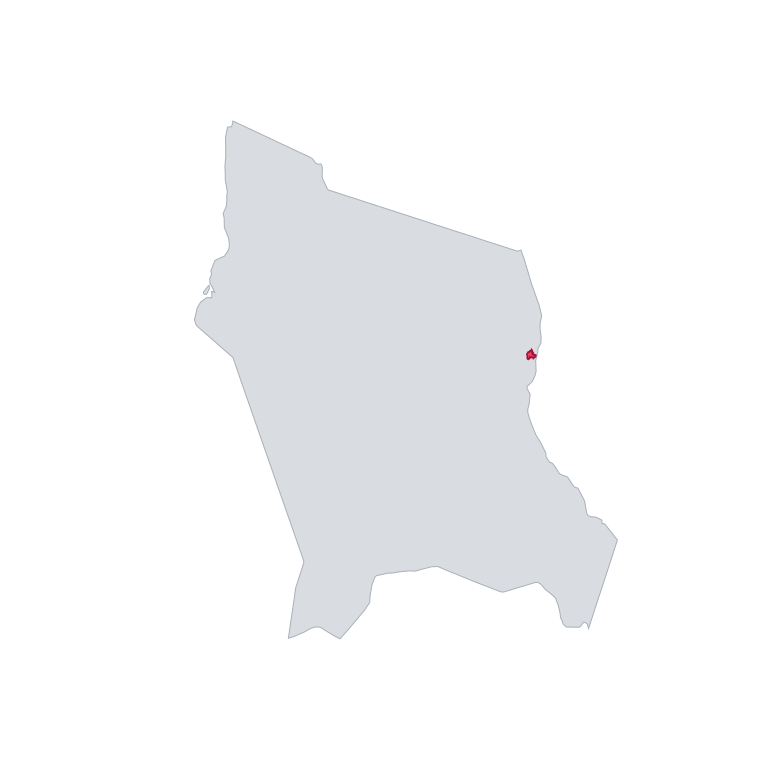 Sirisia, Western, Kenya (highlighted), rotated 161°
{"feature_id": "3690345B98600192059761", "entity_name": "Sirisia", "entity_type": "district", "adm_level": 2, "iso_a3": "KEN", "parent_name": "Kenya", "parent_adm1": "Western", "projection": "equal_earth", "projection_center": [34.469, 0.737], "detail": "fine", "context": "in_parent", "style": "filled", "palette": "rose", "viewbox_px": 768, "rotation_deg": 161, "n_neighbors": 0, "source": "geoboundaries", "source_scale": "gbopen_adm2", "svg_char_len": 5251}
<svg xmlns="http://www.w3.org/2000/svg" viewBox="0 0 768 768"><g transform="rotate(161 384 384)"><path d="M210.9,466.0L210.8,456.0L211.9,430.6L211.7,408.3L212.7,397.2L216.8,390.1L218.6,385.0L220.0,377.8L222.1,371.9L227.0,367.2L227.9,364.6L233.0,356.6L236.1,346.4L238.4,342.9L241.3,339.7L243.3,338.0L246.7,336.3L249.4,335.3L249.8,334.5L250.1,332.9L249.2,326.5L250.3,324.5L252.1,320.2L254.2,316.3L256.0,313.8L257.1,311.2L257.6,306.7L257.6,303.6L257.6,298.4L257.0,286.7L254.8,276.9L253.5,265.9L254.5,262.3L252.8,255.9L251.9,255.5L250.5,254.1L248.7,248.0L247.4,242.5L246.6,241.1L240.7,236.3L237.8,224.8L234.6,222.3L232.8,211.0L232.5,207.7L234.3,196.4L234.2,193.8L232.2,191.4L226.8,189.0L222.3,184.3L222.9,182.7L223.2,181.0L220.9,179.9L214.1,160.5L222.8,148.9L231.7,137.1L242.9,122.3L253.3,108.6L262.2,96.8L270.2,86.2L270.0,88.3L270.0,90.9L271.0,92.6L272.6,93.7L274.9,92.5L276.9,90.9L278.8,90.5L290.8,94.9L292.8,98.7L292.7,102.8L293.2,105.8L292.3,108.8L291.3,117.9L291.6,126.2L295.2,132.4L298.4,137.2L301.0,144.0L302.9,146.1L305.5,147.1L313.7,147.4L325.9,147.9L337.6,148.3L338.7,148.4L341.2,149.4L352.0,158.5L361.9,166.9L370.3,174.2L378.4,181.3L386.3,188.2L392.5,193.9L398.5,195.7L408.3,196.5L415.1,196.8L421.4,199.2L430.7,201.4L437.7,202.6L441.9,203.9L453.6,205.2L455.5,204.4L460.7,198.1L466.4,187.8L468.6,182.1L476.1,176.4L489.2,168.6L498.4,163.0L508.6,157.4L513.3,162.3L519.7,170.0L522.6,173.9L524.9,175.6L528.4,176.7L532.7,176.7L535.0,176.5L539.8,175.5L550.8,174.6L557.2,174.7L551.9,185.0L545.5,197.3L533.8,220.1L524.8,232.0L518.1,241.1L517.5,242.7L517.5,252.8L517.6,277.4L517.8,326.7L518.0,376.0L518.2,425.3L518.2,450.0L518.2,458.3L524.2,468.6L530.0,478.8L537.7,492.2L541.8,499.3L542.5,501.7L542.2,506.5L535.9,516.6L530.7,521.2L523.7,523.3L521.6,522.9L518.9,521.5L517.8,523.9L517.0,527.6L515.5,526.9L514.3,525.7L515.0,532.4L515.7,535.7L514.6,540.2L511.2,544.0L510.9,547.3L503.6,555.9L493.2,556.9L487.7,561.1L485.3,564.6L483.4,572.3L484.0,584.0L481.1,593.0L480.6,597.5L475.2,603.4L472.8,608.7L471.0,614.2L469.5,616.6L467.6,628.8L465.1,636.2L464.4,638.7L463.8,640.9L461.9,645.3L460.6,648.3L459.7,650.2L453.3,669.3L448.3,677.8L444.5,676.9L441.9,680.2L441.6,681.8L440.2,680.9L437.0,677.7L430.4,671.3L423.7,664.8L417.1,658.4L410.4,651.9L403.8,645.4L397.1,639.0L390.5,632.5L383.8,626.1L379.9,622.3L378.2,620.0L376.9,615.6L376.2,614.5L374.4,613.1L372.3,612.8L371.7,611.9L371.8,609.8L372.5,606.7L374.9,600.7L375.2,597.2L374.7,593.3L374.0,586.9L373.3,585.5L368.9,582.2L359.7,575.2L350.4,568.3L341.2,561.3L331.9,554.3L322.7,547.4L313.4,540.4L304.2,533.5L294.9,526.5L285.7,519.5L276.4,512.6L267.2,505.6L257.9,498.7L248.6,491.7L239.4,484.7L230.1,477.8L220.9,470.8L217.4,468.2L214.3,466.0L210.9,466.0ZM518.8,533.6L517.2,534.2L518.1,530.8L522.8,526.5L524.8,527.5L525.1,528.5L525.0,529.3L524.2,530.2L518.8,533.6Z" fill="#d9dde1" stroke="#a8b0b8" stroke-width="1"/><path d="M237.0,367.3L237.3,367.3L237.3,367.2L237.5,367.1L237.6,366.9L237.8,366.8L237.8,366.7L238.1,366.4L238.3,366.3L238.5,366.3L238.8,366.2L239.0,366.0L239.0,365.9L239.1,365.7L239.2,365.4L239.2,365.2L239.2,364.9L239.2,364.7L239.3,364.7L239.2,364.5L239.2,364.4L239.3,364.3L239.3,364.1L239.4,363.8L239.4,363.7L239.5,363.6L239.6,363.4L239.6,363.2L239.7,362.9L239.7,363.0L239.8,362.9L239.8,362.7L240.0,362.2L240.2,361.9L240.1,361.7L240.1,361.4L240.1,361.1L240.1,360.9L240.0,360.7L239.9,360.6L239.8,360.9L239.7,360.9L239.4,360.8L239.4,360.7L239.2,360.6L239.2,360.8L239.1,361.0L238.9,361.0L238.7,360.9L238.5,360.7L238.4,360.7L238.1,360.7L238.0,360.8L237.9,360.8L237.9,361.0L237.8,361.4L237.8,361.5L237.8,361.9L237.8,362.0L237.7,362.1L237.5,362.3L237.4,362.3L237.2,362.4L237.2,362.2L236.9,362.0L236.8,361.9L236.7,361.9L236.5,361.7L236.5,361.4L236.4,361.3L236.4,361.2L236.2,361.1L235.9,361.1L235.7,361.1L235.6,361.3L235.4,361.3L235.3,361.2L235.2,361.1L235.3,361.0L235.3,360.8L235.3,360.7L235.2,360.7L234.9,360.4L234.7,360.2L234.6,359.9L234.6,359.7L234.5,359.8L234.3,359.9L234.2,359.9L234.1,360.0L234.1,359.9L233.9,359.9L233.7,359.9L233.4,359.8L233.2,359.8L233.0,360.0L232.9,360.0L232.7,360.1L232.5,360.3L232.3,360.4L232.2,360.3L231.9,360.4L231.8,360.6L231.8,360.8L231.8,361.0L231.7,360.9L231.6,360.7L231.5,360.8L231.4,361.0L231.3,361.3L231.3,361.5L231.2,361.5L230.9,361.7L230.9,361.8L231.1,362.1L231.3,362.2L231.5,362.1L231.8,362.1L231.9,362.3L232.0,362.4L232.0,362.5L232.2,362.8L232.3,362.9L232.4,363.1L232.5,363.1L232.8,363.0L232.9,362.9L233.0,362.8L233.0,362.7L233.1,362.8L233.3,362.8L233.5,362.9L233.5,363.0L233.7,363.3L233.8,363.3L233.9,363.5L234.0,363.7L234.0,363.8L234.0,364.1L234.0,364.3L234.0,364.6L233.9,364.6L233.9,364.8L233.8,364.7L233.7,364.7L233.6,364.8L233.4,364.9L233.3,365.0L233.2,364.9L233.1,365.0L233.0,364.9L232.9,364.9L232.7,364.8L232.7,365.1L232.8,365.2L232.8,365.3L232.9,365.5L232.9,365.9L233.0,366.2L233.2,366.8L233.2,367.0L232.9,367.4L232.9,367.5L233.1,368.1L233.3,368.7L233.5,368.4L233.5,368.2L233.6,367.9L233.8,367.8L233.7,367.7L233.8,367.7L234.1,367.5L234.1,367.4L234.3,367.5L234.3,367.4L234.4,367.2L234.5,367.2L234.8,367.2L234.8,367.3L235.0,367.4L235.1,367.5L235.3,367.6L235.5,367.8L235.6,367.7L235.7,367.4L235.8,367.3L235.8,367.2L235.9,366.9L236.1,366.9L236.3,367.0L236.5,367.0L236.8,367.2L236.8,367.3L237.0,367.3Z" fill="#f43f5e" stroke="#9f1239" stroke-width="1.5"/></g></svg>